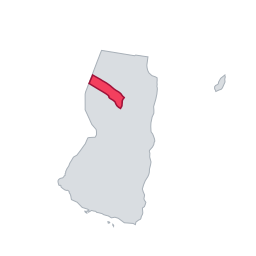 Thamud, Hadramawt, Yemen shown in context, rotated 300°
{"feature_id": "15242507B77315063878707", "entity_name": "Thamud", "entity_type": "district", "adm_level": 2, "iso_a3": "YEM", "parent_name": "Yemen", "parent_adm1": "Hadramawt", "projection": "natural_earth1", "projection_center": [49.684, 17.639], "detail": "fine", "context": "in_parent", "style": "filled", "palette": "rose", "viewbox_px": 256, "rotation_deg": 300, "n_neighbors": 0, "source": "geoboundaries", "source_scale": "gbopen_adm2", "svg_char_len": 5093}
<svg xmlns="http://www.w3.org/2000/svg" viewBox="0 0 256 256"><g transform="rotate(300 128 128)"><path d="M199.6,109.7L191.6,113.0L189.6,114.5L187.7,116.3L186.2,118.5L185.3,122.5L186.0,126.1L186.0,128.1L183.9,129.4L182.0,130.3L179.9,131.7L178.6,132.1L177.5,133.2L176.3,134.0L171.9,136.0L167.0,137.6L159.3,139.5L156.4,141.5L153.7,143.0L149.6,143.4L143.9,145.3L140.8,146.9L136.9,149.4L136.0,150.2L135.3,152.1L134.1,153.7L131.8,156.4L130.0,157.8L128.8,157.8L126.5,158.6L123.8,158.7L119.3,157.8L118.1,158.4L117.2,159.5L113.7,161.3L110.1,164.9L107.5,165.9L103.3,167.1L100.3,168.6L98.3,169.2L95.8,169.5L91.0,169.3L86.6,169.9L82.4,170.9L80.5,172.9L78.2,175.9L74.6,177.2L73.7,178.3L72.6,180.6L70.2,181.2L68.1,181.5L65.9,180.5L61.8,183.3L60.3,183.7L57.9,183.8L56.2,184.4L55.0,184.3L53.5,183.2L50.4,181.9L48.0,182.7L47.9,180.1L44.1,172.2L44.9,165.3L44.9,164.4L44.2,161.3L41.9,158.5L42.0,154.9L41.3,152.4L40.7,149.8L40.9,149.1L40.9,148.4L39.8,144.4L39.4,143.6L39.3,142.7L39.6,142.1L39.6,141.3L39.0,140.1L38.4,137.7L35.3,135.9L35.9,134.2L36.5,134.8L37.4,135.3L37.5,134.2L37.5,133.3L36.3,128.1L38.3,121.1L37.7,114.8L40.7,112.3L41.4,111.5L41.9,110.9L42.6,109.4L43.5,109.0L43.9,107.4L43.8,106.7L43.2,106.0L42.8,104.3L43.0,102.0L43.1,101.1L43.5,99.4L44.5,98.8L44.7,98.3L43.9,97.2L44.0,96.6L45.8,94.8L46.5,94.2L47.6,93.7L48.5,93.7L49.5,94.0L50.4,94.5L51.3,95.4L52.2,96.4L53.7,96.8L54.6,96.7L55.4,97.2L56.1,96.9L56.9,96.4L58.1,96.4L59.2,95.8L62.3,95.5L65.3,95.7L68.5,95.2L71.6,95.3L74.8,95.3L75.5,95.4L76.2,95.7L78.8,97.3L80.9,97.6L84.9,98.1L89.3,98.5L93.0,98.9L96.2,98.5L98.9,98.2L99.6,98.3L100.4,99.3L102.0,101.7L103.5,104.1L106.1,104.2L107.8,103.3L109.7,102.1L110.8,101.1L112.1,97.4L113.0,94.9L114.9,92.2L116.6,89.9L118.8,86.8L120.0,85.1L122.3,81.8L124.6,80.5L128.9,78.0L133.2,75.5L136.0,73.9L138.3,73.2L142.3,72.6L147.0,71.8L151.6,71.1L156.6,70.3L162.1,69.4L165.9,68.8L170.7,68.0L174.7,67.4L178.3,66.8L182.0,66.3L182.7,68.1L183.4,70.0L184.1,71.8L184.8,73.7L185.5,75.5L186.2,77.3L186.9,79.2L187.6,81.0L188.3,82.9L189.0,84.7L189.7,86.6L190.4,88.4L191.1,90.3L191.8,92.1L192.5,94.0L193.2,95.8L193.9,97.6L195.0,98.2L195.7,100.0L196.7,102.4L197.6,104.8L198.6,107.3L199.6,109.7ZM210.6,183.9L211.6,184.1L213.0,183.5L217.3,183.4L222.4,185.4L221.5,186.0L220.9,186.7L218.6,187.4L216.4,189.0L209.9,189.7L208.0,189.3L206.4,187.8L203.5,185.8L204.7,184.5L204.9,183.9L205.3,183.4L207.0,182.4L208.6,182.6L210.6,183.9ZM37.1,159.2L36.9,159.6L36.6,159.5L35.7,158.5L36.8,157.4L37.3,158.5L37.1,159.2ZM34.2,134.6L33.7,135.0L33.6,134.3L33.9,132.7L34.4,132.2L34.8,133.4L34.6,134.1L34.2,134.6ZM36.6,164.2L35.6,164.7L36.3,163.3L37.0,163.0L36.6,164.2Z" fill="#d9dde1" stroke="#a8b0b8" stroke-width="1"/><path d="M156.2,70.9L155.8,71.0L155.3,71.0L154.9,71.1L154.4,71.1L154.0,71.2L153.6,71.2L153.2,71.3L152.8,71.3L152.4,71.4L152.0,71.4L151.6,71.5L151.1,71.5L150.6,71.6L150.2,71.6L149.8,71.7L149.3,71.8L149.0,71.8L148.6,71.9L148.2,71.9L147.7,72.0L147.4,72.0L147.1,72.0L146.8,83.9L146.8,84.6L146.8,85.5L146.8,86.0L146.8,87.2L146.7,90.8L146.6,92.4L146.4,94.0L146.4,94.3L146.3,94.5L146.3,94.8L146.2,94.9L146.2,95.1L146.0,95.3L145.9,95.3L145.8,95.5L145.7,95.5L145.5,95.8L145.4,95.9L145.4,96.0L145.2,96.1L145.2,96.3L145.0,96.5L144.9,96.5L144.8,96.8L144.7,97.0L144.7,97.3L144.7,97.5L144.6,97.9L144.6,98.0L144.6,98.3L144.6,98.5L144.6,98.8L144.6,99.0L144.6,99.3L144.6,99.5L144.6,99.8L144.6,100.0L144.6,100.3L144.6,100.6L144.6,100.8L144.6,101.0L144.5,101.3L144.5,101.5L144.5,101.8L144.4,101.9L144.4,102.1L144.4,102.3L144.4,102.5L144.3,102.8L144.3,103.0L144.2,103.3L144.2,103.5L144.0,103.8L143.9,104.0L143.7,104.2L143.6,104.4L143.5,104.5L143.4,104.6L143.3,104.8L143.2,104.9L143.1,105.0L142.9,105.2L142.9,105.3L142.8,105.5L142.7,105.6L142.6,105.8L142.5,106.0L142.4,106.1L142.3,106.3L142.2,106.5L142.0,106.8L141.9,106.9L141.9,107.0L141.8,107.3L141.7,107.4L141.7,107.5L141.6,107.8L141.6,108.0L141.5,108.3L141.5,108.5L141.4,108.7L141.4,108.8L141.3,109.1L141.3,109.4L141.3,109.5L141.2,109.6L141.2,109.8L141.2,110.0L141.2,110.3L141.2,110.6L141.2,110.8L141.2,111.0L141.2,111.3L141.2,111.5L141.2,111.8L141.3,111.8L141.5,111.7L141.8,111.7L142.1,111.7L142.3,111.7L142.6,111.7L142.8,111.7L143.0,111.7L143.1,111.8L143.3,111.8L143.4,111.7L143.5,111.7L143.8,111.7L144.0,111.6L144.3,111.6L144.5,111.5L144.6,111.4L144.8,111.4L145.0,111.3L145.1,111.2L145.3,111.1L145.5,111.0L145.7,110.9L145.8,110.9L146.0,110.8L146.1,110.7L146.4,110.6L146.5,110.6L146.8,110.4L147.1,110.3L147.1,110.2L147.3,110.1L147.5,110.0L147.6,109.9L147.8,109.9L148.0,109.8L148.1,109.7L148.3,109.7L148.5,109.5L148.8,109.5L148.9,109.4L149.0,109.4L149.3,109.4L149.5,109.3L149.8,109.3L150.0,109.3L150.3,109.3L150.5,109.3L150.8,109.3L151.0,109.4L151.3,109.5L151.5,109.5L151.9,109.5L152.0,109.5L152.3,109.5L152.5,109.5L152.7,108.4L152.7,108.2L152.9,107.5L153.4,106.2L153.9,105.3L154.0,105.1L154.1,104.6L154.4,103.5L154.4,103.1L154.6,101.9L154.6,99.9L154.6,98.8L154.8,96.8L154.9,95.8L155.0,95.5L155.3,93.8L155.3,93.6L155.7,91.8L155.8,90.9L155.9,90.0L156.2,86.8L156.2,86.1L156.2,84.3L156.2,82.0L156.2,81.4L156.3,80.4L156.3,79.2L156.2,70.9Z" fill="#f43f5e" stroke="#9f1239" stroke-width="1.5"/></g></svg>